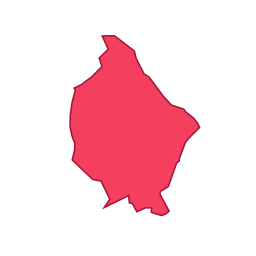 Dogondoutchi, Dosso, Niger, rotated 333°
{"feature_id": "23599985B71800364259973", "entity_name": "Dogondoutchi", "entity_type": "district", "adm_level": 2, "iso_a3": "NER", "parent_name": "Niger", "parent_adm1": "Dosso", "projection": "orthographic", "projection_center": [4.132, 13.975], "detail": "fine", "context": "isolated", "style": "filled", "palette": "rose", "viewbox_px": 256, "rotation_deg": 333, "n_neighbors": 0, "source": "geoboundaries", "source_scale": "gbopen_adm2", "svg_char_len": 772}
<svg xmlns="http://www.w3.org/2000/svg" viewBox="0 0 256 256"><g transform="rotate(333 128 128)"><path d="M95.2,195.5L97.6,197.1L97.8,206.6L107.4,207.1L112.7,209.9L110.4,213.8L118.1,221.2L122.4,221.7L126.9,220.8L126.5,201.4L128.0,199.2L137.3,198.5L155.5,181.2L158.6,180.8L160.0,178.4L172.7,166.9L178.1,164.5L192.1,160.0L192.2,154.9L190.8,148.6L186.8,140.0L186.2,136.5L177.1,127.2L173.9,116.0L173.0,110.3L169.9,92.2L166.9,87.1L166.8,70.0L168.6,62.3L157.8,39.6L146.8,34.3L146.1,48.8L134.0,52.7L132.8,61.3L119.1,65.9L112.4,67.0L106.7,68.1L98.1,68.0L98.3,70.3L90.1,79.4L82.5,90.2L76.7,101.0L74.3,110.6L73.7,117.5L70.5,123.3L63.8,131.1L69.4,147.3L73.2,157.8L79.9,163.1L79.4,183.2L70.6,188.1L97.8,188.5L95.2,195.5Z" fill="#f43f5e" stroke="#9f1239" stroke-width="1.5"/></g></svg>